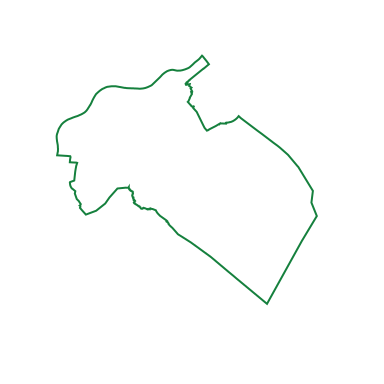 the district of Horst aan de Maas, Limburg, Netherlands, rotated 239°
{"feature_id": "6326949B10328285292362", "entity_name": "Horst aan de Maas", "entity_type": "district", "adm_level": 2, "iso_a3": "NLD", "parent_name": "Netherlands", "parent_adm1": "Limburg", "projection": "orthographic", "projection_center": [6.076, 51.451], "detail": "fine", "context": "isolated", "style": "outline", "palette": "green", "viewbox_px": 384, "rotation_deg": 239, "n_neighbors": 0, "source": "geoboundaries", "source_scale": "gbopen_adm2", "svg_char_len": 5316}
<svg xmlns="http://www.w3.org/2000/svg" viewBox="0 0 384 384"><g transform="rotate(239 192 192)"><path d="M107.1,286.6L121.4,288.9L130.7,296.2L144.6,296.1L159.0,296.0L159.5,295.8L174.1,293.5L174.9,293.3L184.7,290.2L187.7,289.1L192.2,287.2L205.8,281.8L210.3,279.9L230.2,271.9L233.0,271.1L232.3,269.2L232.0,267.9L231.8,266.6L231.7,265.3L231.7,264.6L231.7,263.4L231.8,262.8L232.0,261.5L232.2,260.9L232.5,260.2L232.6,259.6L232.9,258.9L233.4,257.7L233.7,257.3L233.4,257.0L233.6,256.7L233.1,256.4L236.2,251.6L236.1,251.0L236.3,251.1L236.3,246.4L236.8,239.3L236.8,239.0L236.7,238.4L236.7,238.0L236.8,238.0L236.9,236.4L238.1,236.2L240.4,235.8L243.2,236.0L256.1,237.1L258.2,237.3L262.3,236.5L263.2,236.3L263.4,236.3L264.4,237.6L264.6,237.5L264.6,237.2L264.5,236.8L264.6,236.6L264.7,236.3L264.9,236.2L265.1,236.1L265.7,235.9L265.7,236.0L266.3,235.8L267.1,235.7L267.5,235.5L269.3,235.2L271.4,234.8L271.5,235.2L271.3,235.2L273.1,237.8L273.6,238.5L273.8,238.7L274.0,238.7L274.1,238.8L274.7,240.0L275.1,240.7L275.6,241.6L276.0,242.4L276.1,242.5L277.3,242.5L277.4,243.2L278.4,243.1L278.4,244.0L279.3,244.0L281.4,244.1L281.7,245.3L284.3,244.2L285.6,245.6L286.9,242.1L287.9,242.2L287.9,242.9L288.1,244.2L288.6,244.0L288.7,244.7L288.8,244.6L289.1,247.3L289.3,247.3L291.8,264.9L291.7,264.9L291.7,265.4L292.3,269.1L292.7,271.7L292.8,272.3L297.7,271.8L298.0,271.7L299.2,271.6L299.4,271.5L302.0,271.2L302.7,271.1L303.7,270.8L302.8,268.2L302.3,266.6L302.0,264.7L301.6,261.2L300.9,258.3L300.4,255.7L300.1,254.0L300.2,252.1L300.7,249.1L301.4,246.4L302.2,244.3L303.7,241.7L304.3,241.0L306.3,238.9L307.0,237.9L307.6,236.4L308.1,234.6L308.4,232.7L308.3,229.8L307.9,227.1L306.9,223.8L304.5,213.3L304.3,212.3L304.4,210.9L304.7,208.1L304.9,207.1L305.2,205.6L305.6,204.4L305.8,203.9L306.0,203.3L306.4,202.5L307.0,201.2L307.5,200.3L309.0,198.2L310.4,196.0L311.0,195.2L311.8,193.9L314.1,190.4L315.0,189.1L315.5,188.6L316.1,187.7L318.5,185.0L321.8,181.2L323.3,178.8L324.2,177.2L324.8,175.8L325.8,173.5L326.2,171.5L326.2,170.6L326.5,168.2L326.3,165.3L326.0,163.4L325.8,162.4L325.3,160.1L323.7,157.0L322.7,155.3L321.7,153.7L320.4,151.9L319.2,150.0L318.9,149.5L318.9,149.1L318.3,148.2L317.2,145.9L316.8,145.2L316.2,143.7L316.0,143.2L315.7,141.8L315.6,141.5L315.5,140.5L315.5,140.0L315.5,138.4L315.6,136.7L315.8,135.5L316.0,133.5L316.2,132.5L316.6,130.9L316.8,129.9L317.2,127.9L317.3,127.0L317.8,124.1L318.0,122.8L318.0,122.0L318.0,120.6L317.8,118.2L317.7,117.4L317.1,115.0L315.5,111.8L314.7,110.3L312.7,108.0L312.1,107.3L311.5,106.5L311.1,106.1L310.4,105.4L309.5,104.7L307.7,103.7L305.1,102.5L301.4,101.1L300.2,100.5L298.8,99.7L298.0,99.4L296.9,98.6L296.1,98.2L295.4,97.5L292.9,95.3L290.5,98.8L288.0,102.4L287.4,103.3L284.9,106.7L285.1,106.4L282.5,104.1L280.4,102.6L279.3,104.2L278.6,105.2L277.3,107.2L276.6,108.2L276.1,108.6L274.0,106.2L271.5,104.0L269.6,102.4L262.5,97.0L262.5,96.5L262.6,96.2L263.3,92.6L263.2,92.5L263.1,92.3L262.9,92.1L262.6,92.0L260.8,91.2L260.0,91.0L259.1,90.8L257.5,90.8L257.0,90.8L256.3,91.2L255.1,91.6L253.7,92.1L252.8,92.4L252.2,91.9L251.1,90.8L245.3,89.6L242.5,90.3L241.0,90.3L238.9,90.4L238.7,90.1L238.6,89.8L238.3,89.4L238.2,88.8L237.8,89.0L237.6,89.1L236.9,88.7L236.7,88.6L236.4,88.1L236.1,87.8L232.5,88.4L227.3,89.4L225.3,100.2L226.8,111.7L229.8,118.4L233.4,129.9L229.9,137.3L228.4,139.6L228.7,140.2L228.4,140.0L228.3,139.9L228.1,140.0L227.7,140.0L227.4,139.7L226.8,139.6L226.7,139.7L226.5,140.0L226.4,140.1L226.1,140.1L226.0,139.9L225.9,139.8L225.7,139.9L225.4,139.8L225.0,140.0L224.7,140.0L224.4,140.6L224.1,140.6L223.9,140.6L223.7,140.8L223.4,141.1L223.1,141.1L223.0,141.3L222.9,141.3L222.8,141.2L222.4,141.3L222.3,141.1L222.0,140.8L221.9,140.7L221.6,140.6L221.2,140.7L220.8,140.4L220.6,140.0L220.6,139.7L219.9,139.0L219.7,138.9L219.5,139.0L219.4,139.0L219.3,138.8L219.2,138.8L218.9,138.7L218.4,138.6L218.1,138.8L217.9,138.8L217.6,139.0L217.5,138.9L217.6,138.7L217.4,138.4L217.0,138.3L216.9,138.4L216.7,138.3L216.6,138.5L216.3,138.3L215.8,138.2L215.6,138.1L215.2,138.0L214.8,138.2L214.7,138.3L214.7,138.5L214.1,138.5L214.2,138.3L214.2,138.2L213.9,138.4L213.8,138.2L213.6,138.3L213.4,137.9L213.3,137.7L213.2,137.7L213.1,137.4L212.8,137.2L212.8,136.9L212.7,136.9L212.6,137.0L212.5,136.8L212.5,136.7L212.4,136.7L212.3,136.8L212.0,136.7L211.8,136.8L211.5,137.1L211.3,137.2L211.0,137.2L210.8,137.2L210.7,137.3L210.5,137.6L210.2,137.7L209.9,137.8L209.7,137.8L209.3,138.2L208.9,138.3L208.5,138.4L208.2,138.5L207.8,138.8L207.7,139.0L207.2,138.9L206.9,139.1L206.8,139.4L206.8,139.5L206.7,139.6L206.3,139.5L205.8,139.7L205.6,139.8L205.5,139.7L205.3,139.8L205.2,139.7L204.7,139.7L204.3,139.7L204.0,139.8L203.7,140.1L203.4,140.4L203.2,140.9L203.1,141.1L203.2,141.3L203.3,141.4L203.4,141.5L203.5,141.7L203.4,142.4L202.3,143.2L202.2,143.4L201.7,143.8L200.2,144.7L199.9,145.0L200.2,145.3L199.0,146.8L199.6,147.1L199.3,148.1L198.8,148.2L198.4,148.6L198.1,148.9L197.8,149.4L194.9,151.6L193.5,151.4L193.0,151.5L192.0,151.5L190.8,151.7L188.6,152.2L188.1,152.3L181.6,155.1L181.0,155.4L179.9,155.7L179.7,155.0L178.8,155.5L178.7,155.4L178.3,155.6L177.8,155.7L177.4,155.6L177.0,155.5L176.9,155.6L176.7,155.4L174.6,155.7L174.5,155.8L174.1,155.9L172.6,156.3L171.4,156.7L165.9,157.7L163.0,158.2L149.5,165.0L126.6,174.7L104.7,182.2L99.1,184.2L94.6,185.7L57.5,198.7L93.5,261.0L107.1,286.6Z" fill="none" stroke="#15803d" stroke-width="2"/></g></svg>